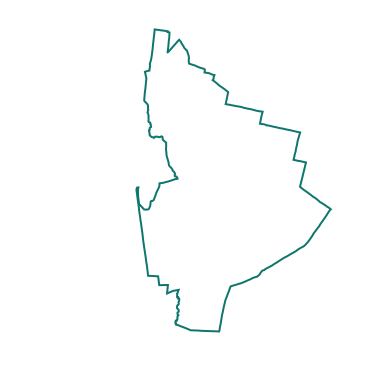 outline of Fantanele, Iasi, Romania, rotated 35°
{"feature_id": "2599482B12543048192025", "entity_name": "Fantanele", "entity_type": "district", "adm_level": 2, "iso_a3": "ROU", "parent_name": "Romania", "parent_adm1": "Iasi", "projection": "albers", "projection_center": [27.177, 47.409], "detail": "fine", "context": "isolated", "style": "outline", "palette": "teal", "viewbox_px": 384, "rotation_deg": 35, "n_neighbors": 0, "source": "geoboundaries", "source_scale": "gbopen_adm2", "svg_char_len": 5887}
<svg xmlns="http://www.w3.org/2000/svg" viewBox="0 0 384 384"><g transform="rotate(35 192 192)"><path d="M294.2,290.7L293.5,288.7L292.6,287.2L291.8,285.3L291.1,283.6L287.0,275.2L286.3,273.3L284.2,268.5L282.9,265.2L281.5,261.7L280.5,257.7L279.7,254.7L279.1,252.1L278.2,248.9L277.9,247.7L277.9,247.4L277.9,247.1L278.0,246.9L278.2,246.5L278.6,246.1L283.2,240.2L284.5,238.7L285.1,237.6L285.9,236.5L286.8,235.1L289.0,231.3L289.8,230.2L290.4,229.0L290.6,228.5L290.9,227.9L291.9,226.4L293.4,224.6L293.9,224.0L293.9,223.6L294.2,222.8L294.6,221.3L294.7,219.8L294.5,218.9L294.5,218.4L294.6,217.3L294.6,216.9L294.7,216.1L294.8,215.9L295.0,215.6L295.6,215.0L296.0,214.4L296.1,213.8L296.5,212.6L297.1,211.4L298.0,209.8L299.1,207.5L299.5,206.9L300.6,203.9L301.0,203.1L302.2,200.3L302.4,199.8L302.9,198.6L303.4,197.2L303.5,197.0L303.9,196.0L305.2,193.0L306.6,190.4L308.0,187.3L308.5,186.1L309.7,183.7L310.3,182.5L311.1,180.6L311.7,178.7L312.2,177.4L313.2,175.2L313.5,174.7L314.6,172.5L315.1,170.7L315.3,169.1L315.4,168.5L315.6,166.6L315.7,165.1L315.7,160.1L315.6,158.2L315.4,156.2L315.4,155.2L315.6,151.9L315.6,150.4L315.8,146.9L315.6,145.7L315.6,142.9L315.6,138.1L315.6,134.7L315.4,131.1L315.4,127.1L315.6,126.6L313.8,126.4L312.5,126.4L311.4,126.5L311.0,126.6L310.0,126.4L307.1,126.5L306.0,126.6L304.3,126.6L303.4,126.7L302.6,126.8L299.5,126.4L295.9,126.2L295.0,126.4L294.1,126.4L293.7,126.4L293.1,126.3L287.1,126.1L284.9,126.1L282.1,126.1L277.5,125.8L271.3,109.8L268.4,102.4L262.4,104.9L261.6,105.4L256.7,107.4L255.6,104.4L255.1,103.5L254.7,102.5L254.1,100.7L253.5,99.1L252.6,97.3L250.9,93.1L249.0,89.0L246.9,82.5L246.5,81.2L239.5,84.1L238.5,84.4L234.6,86.1L233.4,86.7L231.8,87.3L229.5,88.2L227.8,89.1L223.3,90.9L221.2,91.8L215.7,94.0L215.1,94.6L214.6,94.7L214.3,94.6L212.5,95.1L208.5,97.1L208.2,96.3L207.4,94.6L207.1,93.9L205.9,91.2L204.5,87.7L204.3,86.9L203.8,85.7L200.9,87.2L198.0,88.5L193.8,90.0L191.8,90.8L189.6,91.9L185.8,93.4L183.3,94.2L180.0,95.8L171.3,99.7L169.2,100.7L164.3,89.4L158.9,89.1L156.2,89.1L152.9,89.1L149.6,88.7L146.4,88.5L145.6,88.5L144.7,88.5L144.8,87.0L144.6,86.4L143.9,85.7L143.6,84.1L143.3,83.3L141.6,84.1L139.9,84.5L138.0,84.8L133.7,86.9L133.0,85.5L132.4,84.5L132.2,84.3L131.6,84.2L131.4,84.2L126.8,85.7L123.2,86.5L122.2,86.6L118.1,87.9L116.0,88.5L115.5,87.9L114.9,87.4L114.7,87.2L113.6,85.7L112.7,84.1L112.4,83.7L111.6,82.8L109.6,81.1L107.8,79.9L107.0,79.2L106.6,79.0L105.7,79.1L104.5,78.6L103.4,78.5L102.6,78.2L101.0,77.3L98.3,76.3L97.9,76.1L97.3,75.6L96.8,75.4L96.3,75.2L94.7,74.9L94.2,74.7L93.8,76.7L93.7,78.3L92.9,85.2L92.8,86.3L92.7,87.0L92.4,89.6L92.1,91.3L92.0,91.6L91.9,91.6L89.8,87.6L89.2,86.5L88.4,85.1L86.2,81.3L85.1,79.1L84.6,78.2L84.0,77.3L82.7,75.2L82.1,74.2L80.2,75.0L80.0,74.3L79.0,74.7L68.2,80.2L75.2,93.0L78.1,98.2L80.2,102.2L82.2,106.2L83.3,109.1L84.0,111.4L84.6,111.9L85.0,112.2L86.9,116.0L87.5,116.9L86.8,117.6L84.5,120.5L85.1,121.1L85.7,121.6L86.7,122.6L89.4,125.0L94.7,134.4L95.7,136.5L100.2,144.2L101.0,144.9L103.0,145.2L103.5,145.3L104.9,145.6L105.8,146.0L106.2,146.3L106.7,146.9L107.4,147.7L107.7,148.4L108.0,148.8L108.4,149.4L109.1,149.8L109.2,150.1L109.2,150.6L109.5,151.3L109.8,151.7L110.0,152.5L110.8,152.8L111.2,153.1L111.6,153.4L112.7,154.5L113.6,155.8L115.2,158.0L115.3,158.3L116.0,159.3L116.7,159.5L117.4,159.2L117.8,159.2L118.0,159.2L118.3,159.5L118.6,159.6L118.7,159.8L118.8,160.2L119.0,160.4L119.4,160.4L119.9,160.9L120.1,161.1L121.0,161.8L121.1,162.1L120.9,162.3L121.0,162.6L120.9,162.8L120.7,163.3L120.7,163.6L120.7,163.9L120.8,164.2L121.0,164.5L121.6,165.2L121.7,165.4L121.4,165.9L121.5,166.2L121.5,166.3L121.8,166.7L122.6,167.3L123.1,167.9L124.0,168.6L124.3,169.4L124.4,169.5L125.0,169.6L125.8,170.0L127.3,170.1L128.3,169.7L128.7,169.5L129.4,169.5L129.3,169.3L129.5,169.0L130.0,168.7L130.1,168.2L130.1,167.8L130.6,167.5L130.9,167.2L131.6,166.7L131.8,166.6L132.1,166.5L133.1,166.2L133.3,166.1L134.0,165.6L134.5,165.0L134.8,164.3L135.0,164.0L135.4,163.8L136.0,163.8L136.3,163.9L137.6,165.4L138.1,165.9L138.6,166.0L142.5,166.4L145.0,169.9L146.1,171.8L149.4,175.6L150.2,176.7L155.4,180.8L157.8,183.3L159.1,183.8L161.4,184.2L163.2,184.9L163.9,185.6L165.9,185.8L166.7,186.2L167.6,186.7L167.6,187.3L168.0,187.6L168.5,188.6L168.9,188.9L170.1,188.3L170.8,188.4L171.1,188.8L171.8,188.9L172.5,189.3L171.8,190.2L170.9,191.0L170.3,191.9L167.0,196.4L163.3,200.8L161.9,202.2L160.4,203.5L161.6,205.4L161.9,206.0L162.1,206.6L162.5,208.8L162.6,209.3L162.8,210.8L163.0,212.0L163.7,214.7L164.3,216.5L164.5,217.6L165.2,220.3L165.0,221.5L164.8,221.9L164.0,222.6L163.7,223.0L163.7,223.5L164.7,225.5L165.6,226.9L165.8,227.6L166.4,230.7L166.1,231.4L164.4,232.8L162.9,233.8L155.6,232.2L153.4,229.9L152.5,228.8L150.3,226.4L148.4,223.8L147.2,222.3L146.2,220.5L145.5,219.0L144.5,219.8L144.8,221.2L145.0,221.7L145.8,222.7L152.6,230.1L154.7,232.3L157.8,235.7L159.0,237.2L160.0,238.2L161.0,239.3L163.6,242.0L165.3,243.8L165.7,244.4L168.6,247.3L170.5,249.4L174.9,254.1L179.9,259.8L181.6,261.6L184.3,264.5L186.4,266.7L189.2,269.6L192.3,272.9L193.5,274.3L197.4,278.3L201.5,282.9L204.1,285.8L212.6,280.5L218.6,287.1L225.6,282.0L229.8,289.4L233.3,283.7L235.7,281.4L237.2,279.8L237.8,282.2L238.3,283.5L238.1,283.9L238.6,284.4L239.5,285.8L240.1,286.6L240.9,286.0L241.6,286.9L241.7,287.2L242.7,286.7L244.0,288.7L244.0,289.3L244.1,289.8L244.4,290.3L244.7,290.5L245.0,290.9L245.3,291.2L245.4,291.7L245.5,292.2L245.4,292.6L245.1,292.9L245.1,293.3L245.1,293.6L246.0,295.4L246.2,295.6L247.5,296.1L248.1,296.0L248.3,296.0L249.2,296.8L249.5,297.3L249.7,298.0L249.5,298.3L249.3,299.0L249.6,299.6L250.4,300.5L251.3,300.5L251.6,300.8L251.4,302.2L253.0,304.5L252.9,305.3L253.4,305.8L253.4,306.0L252.6,306.5L252.5,306.9L253.1,307.7L253.0,307.8L253.3,308.2L253.3,308.5L253.6,308.6L254.1,309.2L254.5,309.0L255.1,309.8L256.5,309.2L265.9,306.9L269.4,306.2L270.3,306.0L276.0,302.3L279.8,300.0L287.7,294.9L291.5,292.4L294.2,290.7Z" fill="none" stroke="#0f766e" stroke-width="2"/></g></svg>